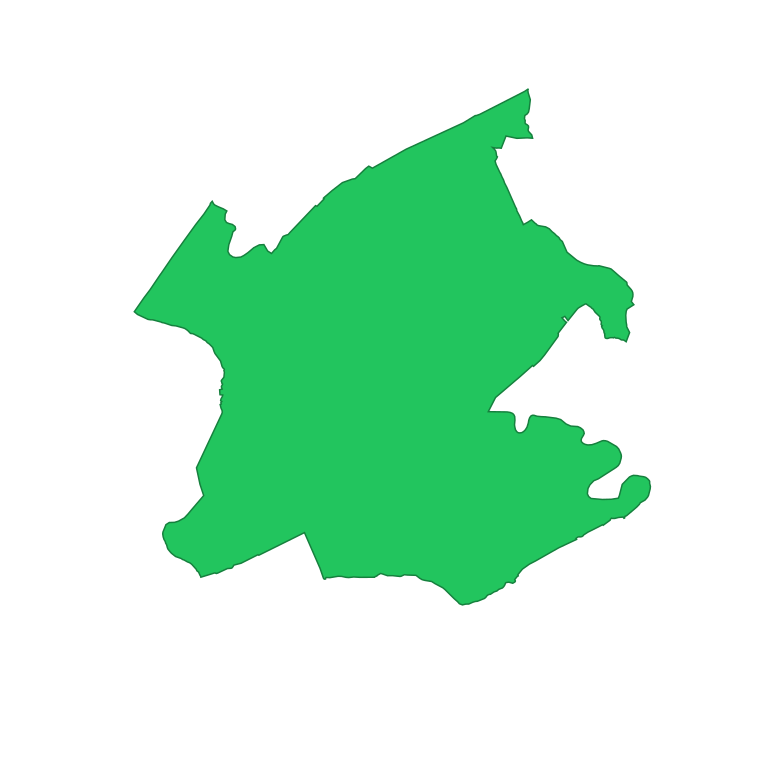 Dolhasca, Suceava, Romania, rotated 336°
{"feature_id": "2599482B12966285946055", "entity_name": "Dolhasca", "entity_type": "district", "adm_level": 2, "iso_a3": "ROU", "parent_name": "Romania", "parent_adm1": "Suceava", "projection": "equal_earth", "projection_center": [26.629, 47.417], "detail": "fine", "context": "isolated", "style": "filled", "palette": "green", "viewbox_px": 768, "rotation_deg": 336, "n_neighbors": 0, "source": "geoboundaries", "source_scale": "gbopen_adm2", "svg_char_len": 6171}
<svg xmlns="http://www.w3.org/2000/svg" viewBox="0 0 768 768"><g transform="rotate(336 384 384)"><path d="M185.3,216.4L187.1,220.2L194.7,229.0L196.9,230.4L198.8,231.3L205.5,236.7L206.2,237.6L208.0,238.8L213.9,244.2L217.6,246.3L223.4,251.1L224.8,252.5L226.4,255.2L227.8,259.1L230.0,260.4L236.1,267.9L237.0,269.9L238.7,271.9L239.4,274.3L240.7,276.4L242.4,281.0L242.0,285.2L242.0,287.5L244.0,296.5L243.2,302.2L243.4,303.8L244.1,305.2L244.0,305.9L243.3,306.4L242.9,308.5L240.5,312.7L236.9,314.6L236.5,315.2L236.5,316.2L236.2,317.7L236.5,318.4L236.2,318.8L234.5,320.0L234.2,320.9L234.1,322.8L231.5,322.4L229.8,327.1L232.2,328.5L231.3,329.6L229.0,331.4L228.0,332.7L228.0,333.0L228.7,334.0L227.4,334.7L227.2,336.1L226.0,336.1L225.3,339.8L225.3,342.5L224.6,344.3L223.6,345.4L178.6,384.3L175.1,400.8L173.9,412.6L157.7,420.3L152.0,423.1L147.2,425.1L140.6,425.7L136.4,425.2L131.5,423.2L127.6,423.8L121.9,429.3L120.9,430.9L120.1,433.8L119.8,436.5L120.1,439.2L119.8,440.3L120.0,442.5L119.5,445.6L119.5,447.1L120.4,450.4L121.0,452.2L123.4,456.8L127.8,461.0L128.5,462.3L129.8,463.5L132.0,466.5L133.8,468.3L135.0,470.4L137.1,476.9L137.1,478.6L138.1,480.4L138.1,483.8L138.3,484.6L138.1,486.0L152.1,487.7L152.8,487.9L153.7,488.9L155.2,489.1L165.9,488.9L169.2,490.1L170.1,490.2L170.8,490.0L173.3,488.4L180.5,489.6L199.4,488.7L200.0,489.5L250.9,487.4L250.6,526.4L249.7,536.7L249.9,537.7L250.6,538.3L251.4,538.3L251.8,537.5L252.4,537.2L255.8,538.9L263.9,541.0L267.0,542.5L270.7,545.2L273.1,546.5L277.9,548.0L283.3,550.8L296.8,556.7L297.6,556.3L298.6,556.5L299.4,556.2L299.7,556.4L300.7,556.0L303.8,555.7L305.0,556.6L309.3,560.6L310.6,561.1L314.1,562.7L320.3,566.3L321.5,566.6L325.0,566.5L327.8,568.1L335.4,571.8L337.7,576.1L339.2,578.2L341.4,580.0L347.2,583.8L349.3,587.0L354.8,594.0L356.1,596.6L360.8,608.7L362.7,612.8L363.5,615.4L365.8,617.7L369.1,618.3L372.0,619.5L376.5,619.5L378.9,619.8L381.0,620.5L388.6,620.8L390.2,620.3L392.0,619.3L393.1,619.0L394.5,619.0L395.7,619.4L399.9,618.7L403.1,619.0L405.3,618.3L409.3,618.5L411.0,617.8L412.4,616.9L414.2,615.2L414.9,615.1L417.4,615.8L420.6,618.4L422.2,618.2L423.3,618.0L423.9,617.4L423.9,615.8L427.5,614.0L428.6,613.9L428.8,612.6L435.2,609.4L443.6,607.7L450.4,607.3L477.0,604.7L496.7,604.3L496.5,603.2L498.4,602.7L500.2,602.8L500.7,603.4L502.7,603.9L504.3,603.6L505.0,603.1L510.0,602.3L526.5,601.5L526.8,602.2L535.2,600.4L535.8,599.7L537.2,599.1L537.9,599.7L540.2,600.7L543.9,601.3L548.3,602.8L548.6,604.3L549.3,604.3L550.2,602.9L551.9,603.0L559.2,600.9L564.9,599.2L568.3,597.8L569.9,596.7L575.3,596.2L578.7,594.6L580.3,593.4L584.4,588.2L585.7,586.0L586.3,582.7L587.0,581.3L587.1,580.3L586.3,577.9L585.1,575.7L583.5,574.3L580.1,572.2L578.3,570.8L574.7,568.9L572.6,568.7L570.4,568.8L560.8,572.6L553.6,581.7L551.6,583.6L544.9,581.8L536.5,578.3L526.6,572.8L525.2,570.1L525.1,567.1L527.8,562.5L531.2,559.8L536.3,557.7L541.3,557.8L562.1,554.6L564.8,553.8L567.2,552.2L570.5,548.2L571.5,546.5L571.9,545.1L572.1,543.2L572.0,538.8L571.0,535.7L565.0,527.4L563.2,525.9L561.3,524.9L559.8,524.6L553.7,524.5L549.2,524.0L545.4,522.6L542.9,520.7L541.6,518.9L540.9,517.0L541.3,515.4L542.5,513.9L545.3,512.0L546.8,510.6L547.2,508.6L547.1,506.7L545.7,504.0L543.7,501.7L537.5,498.4L534.1,494.6L531.0,488.4L527.3,485.2L518.2,479.7L514.4,477.8L510.7,475.7L508.2,473.5L506.7,472.9L505.1,473.0L503.3,474.1L501.5,476.0L500.0,478.3L497.1,481.6L494.4,483.4L492.5,484.1L490.4,484.5L488.3,484.0L486.8,483.1L485.9,481.6L485.5,479.3L486.0,476.6L486.6,474.4L488.9,470.3L490.2,466.8L490.1,464.7L489.5,463.2L487.7,461.3L485.1,459.6L468.0,451.7L480.4,441.7L511.9,432.4L527.2,427.5L527.8,428.7L536.1,426.0L542.5,422.8L562.3,411.4L563.3,410.0L563.7,409.0L563.6,408.5L575.8,401.9L575.0,400.5L573.5,395.9L576.7,395.8L577.9,400.9L590.9,394.2L592.5,393.6L597.6,393.0L600.3,392.8L601.2,393.0L603.4,396.8L604.3,398.0L604.5,399.0L605.5,400.7L606.1,404.4L608.5,410.2L608.4,411.0L607.5,412.4L607.6,413.9L608.0,414.7L607.6,416.3L606.6,417.7L606.7,418.9L607.1,419.5L606.2,420.0L606.1,421.8L606.5,423.4L606.5,424.7L605.9,426.8L606.1,428.1L605.6,428.7L604.8,431.6L605.3,432.5L606.0,433.0L607.0,433.4L609.2,433.6L611.7,434.6L612.4,435.2L613.5,435.1L614.5,436.4L616.0,437.1L617.4,438.2L618.7,440.2L620.9,441.4L622.4,443.9L629.3,436.9L629.0,430.4L629.7,428.8L630.4,425.9L632.8,419.6L634.9,416.0L636.6,414.4L644.5,413.2L643.5,409.3L646.9,405.3L647.9,403.3L648.4,401.7L648.5,400.1L648.2,398.2L646.4,392.5L647.1,390.1L647.0,389.5L642.8,381.1L638.3,371.4L636.9,370.0L628.5,363.4L627.3,363.1L623.7,361.3L618.5,358.0L615.8,355.7L613.1,352.8L610.4,349.2L604.8,338.0L604.9,326.3L603.5,323.4L603.6,322.5L603.4,321.6L602.8,320.1L601.7,318.3L601.5,317.3L600.5,315.1L599.6,313.5L598.1,309.4L595.6,306.2L589.6,302.2L588.5,301.0L588.1,299.6L587.5,298.8L585.5,294.0L581.0,294.7L576.1,295.1L576.3,292.9L576.1,291.5L576.2,285.6L575.8,279.9L576.3,277.9L576.1,275.8L576.2,254.4L575.9,249.4L576.2,246.1L576.0,242.7L576.1,239.0L575.9,238.1L575.7,229.0L576.2,225.4L578.4,224.0L580.0,222.6L579.6,221.6L580.7,217.5L580.8,216.4L580.4,214.6L579.4,212.1L582.4,214.1L585.2,215.2L587.0,216.3L596.3,207.1L605.3,213.6L615.0,217.4L619.7,219.9L620.3,216.5L618.8,212.1L618.8,211.1L619.2,210.1L620.4,208.5L620.9,207.1L620.3,205.5L619.2,203.9L619.0,203.0L620.2,200.6L620.2,198.8L621.9,196.0L624.7,195.5L626.7,194.3L628.7,191.5L633.3,183.8L634.2,176.4L635.0,173.9L636.0,173.1L631.4,173.9L581.2,176.6L577.5,176.3L576.5,175.9L562.9,177.7L499.8,178.5L461.2,182.1L458.7,178.8L454.8,179.7L441.2,184.7L438.4,183.9L427.9,183.1L415.3,186.2L405.3,189.2L404.3,189.6L404.7,190.3L404.4,190.6L395.1,194.4L394.0,193.2L359.8,207.3L357.2,208.5L355.3,208.2L352.1,208.1L351.2,208.5L341.0,216.4L338.9,216.9L334.3,219.0L331.8,215.2L331.0,207.8L326.7,206.2L320.6,206.5L313.0,208.7L308.2,209.6L304.8,209.8L300.0,208.2L297.6,206.5L295.5,203.0L295.3,199.3L298.9,193.6L305.0,187.1L307.8,183.6L311.0,182.6L311.6,181.6L312.0,179.6L310.4,176.6L307.8,174.5L305.8,172.4L305.4,169.2L308.0,164.3L310.8,162.0L308.4,158.6L304.7,154.7L302.3,151.8L301.6,150.2L301.4,147.2L299.0,148.3L297.7,149.8L288.6,155.5L277.1,161.6L259.7,171.7L241.7,182.3L225.0,192.6L224.7,192.7L208.5,202.8L199.8,207.6L185.3,216.4Z" fill="#22c55e" stroke="#15803d" stroke-width="1.5"/></g></svg>